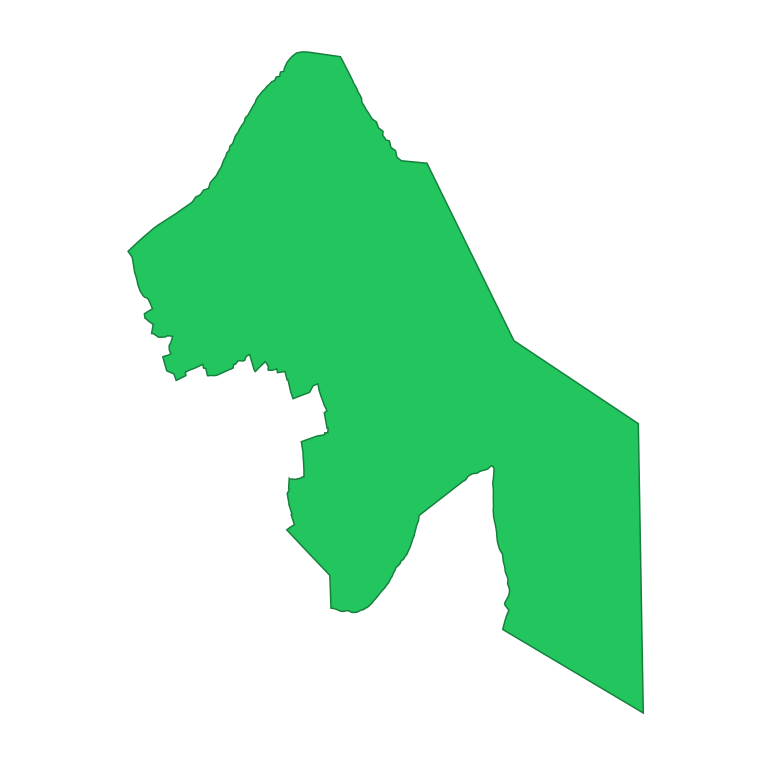 Veere, Zeeland, Netherlands (Natural Earth projection), rotated 89°
{"feature_id": "6326949B71921166023383", "entity_name": "Veere", "entity_type": "district", "adm_level": 2, "iso_a3": "NLD", "parent_name": "Netherlands", "parent_adm1": "Zeeland", "projection": "natural_earth1", "projection_center": [3.598, 51.556], "detail": "fine", "context": "isolated", "style": "filled", "palette": "green", "viewbox_px": 768, "rotation_deg": 89, "n_neighbors": 0, "source": "geoboundaries", "source_scale": "gbopen_adm2", "svg_char_len": 5936}
<svg xmlns="http://www.w3.org/2000/svg" viewBox="0 0 768 768"><g transform="rotate(89 384 384)"><path d="M607.2,440.9L607.6,438.2L607.8,437.5L608.3,435.9L608.8,434.7L609.9,432.6L610.3,431.5L610.6,430.2L610.7,429.4L610.6,428.8L610.2,426.3L610.0,424.9L610.1,423.4L610.3,422.9L611.2,421.6L611.7,420.4L611.9,419.2L611.9,417.6L611.8,415.5L611.0,413.4L609.6,410.8L609.5,410.2L609.5,409.3L609.1,408.3L607.9,406.5L607.1,404.7L606.7,404.2L606.3,403.6L604.4,401.6L603.6,400.5L602.0,399.2L600.3,397.9L599.2,396.7L597.5,395.2L594.2,392.6L590.2,389.2L587.9,386.8L587.6,386.5L586.1,385.7L585.3,385.1L583.1,383.0L581.8,382.3L578.8,380.8L577.7,380.1L576.7,379.4L575.8,378.9L573.7,378.1L572.7,377.6L570.5,376.3L568.8,375.7L568.3,375.5L567.8,375.1L567.1,374.5L564.8,371.9L563.8,371.0L561.9,370.3L561.3,370.0L561.0,369.7L560.8,369.4L560.0,368.0L559.6,367.6L557.5,366.3L556.7,365.8L556.1,365.2L555.2,364.5L553.9,363.7L551.1,362.5L548.2,361.0L546.4,360.3L544.3,359.6L539.1,357.8L536.4,356.6L535.8,356.4L534.7,356.2L531.3,355.3L529.4,354.7L527.3,354.2L526.2,353.9L524.0,353.1L523.3,352.7L522.1,352.2L521.1,351.9L520.2,351.8L516.1,351.2L482.5,306.5L482.4,305.9L481.5,304.6L480.9,303.8L480.2,303.3L478.4,302.1L477.9,301.8L477.5,301.1L475.4,297.6L475.0,295.3L474.9,292.8L474.8,292.3L473.3,290.1L472.7,288.6L472.2,286.9L471.8,284.8L471.2,283.0L470.6,281.5L468.9,279.7L468.3,278.9L468.0,278.5L467.8,278.1L467.7,277.7L468.0,277.0L468.6,276.3L469.1,276.1L470.4,275.7L471.4,275.5L473.2,275.6L476.9,275.9L481.0,276.4L483.9,276.9L484.4,276.9L485.0,277.0L490.1,276.6L491.4,276.6L494.5,276.5L495.8,276.6L498.1,276.7L503.8,276.7L508.4,276.7L511.3,277.0L514.4,276.9L519.0,276.7L520.4,276.3L522.0,276.1L526.3,275.2L531.1,274.4L535.5,273.9L539.9,273.7L543.2,273.4L545.3,273.0L550.1,271.7L551.1,271.4L552.1,270.9L554.1,269.8L555.4,268.9L555.9,268.7L556.8,268.4L562.9,267.9L564.5,267.6L568.9,266.5L573.1,266.1L574.9,265.7L580.7,263.5L581.6,263.4L582.4,263.5L584.0,263.8L585.4,263.9L586.7,263.6L588.5,263.0L591.0,262.3L592.7,262.0L594.7,262.3L595.9,262.6L597.6,263.1L599.1,263.7L603.6,266.4L604.7,266.9L605.7,267.2L606.1,267.2L606.6,267.1L607.8,266.5L608.2,266.3L609.3,265.2L610.5,264.5L611.8,263.5L612.3,263.3L612.8,263.3L613.4,263.5L616.0,264.7L617.3,265.3L618.9,265.9L623.3,267.3L631.5,269.6L717.5,130.5L428.1,130.4L343.0,253.3L164.0,337.2L161.1,362.7L157.5,367.1L150.9,368.4L147.5,373.0L141.0,374.3L140.1,377.7L137.7,379.2L135.4,380.9L131.3,380.6L127.8,385.1L122.0,386.9L118.5,391.5L113.5,394.3L109.5,396.9L104.7,399.5L102.0,401.2L98.0,401.5L94.7,403.0L91.5,404.9L88.6,405.9L85.5,407.4L82.9,409.0L80.2,410.0L74.7,412.6L56.0,421.8L50.9,453.6L50.5,459.1L50.8,461.9L51.5,465.7L53.9,469.0L56.9,472.2L60.4,475.1L66.7,478.2L69.5,478.5L70.3,482.1L74.5,482.9L75.2,486.4L78.6,488.0L79.9,491.1L82.5,493.5L84.4,495.9L87.1,498.0L89.3,500.6L92.0,502.7L94.4,504.8L97.3,506.8L100.7,508.0L103.3,509.8L105.8,511.3L112.8,515.3L115.4,518.0L119.7,519.2L122.9,521.7L126.4,523.9L129.8,525.5L133.0,528.1L136.8,529.6L140.8,531.0L143.4,533.8L147.7,534.8L150.2,537.1L153.9,538.3L156.8,540.1L160.4,541.6L164.1,542.9L168.2,545.6L172.6,547.9L179.6,554.2L185.4,556.0L187.0,561.0L191.6,564.4L193.8,569.0L198.6,572.4L201.6,576.6L204.4,580.9L207.3,585.2L210.2,589.3L212.9,593.8L220.9,606.7L224.3,611.6L228.5,616.6L232.8,621.9L237.2,627.0L246.2,636.9L246.9,637.6L252.8,633.6L256.5,633.0L267.9,631.4L273.2,629.8L277.9,628.7L278.4,628.8L280.6,628.3L286.9,626.1L290.1,624.2L291.7,623.2L292.2,622.7L293.2,621.3L293.4,620.9L293.7,619.9L294.4,618.9L295.2,618.3L295.9,617.8L299.4,616.3L303.3,614.8L304.7,614.1L307.8,619.5L309.4,622.0L309.5,622.3L310.4,622.3L313.8,621.9L314.1,621.5L314.3,621.2L317.1,618.2L320.2,614.0L320.1,613.9L320.4,613.5L320.5,613.8L329.5,615.5L329.7,613.6L331.6,610.9L333.3,608.6L333.2,603.0L333.1,601.7L332.7,601.0L332.0,599.9L332.0,599.7L332.5,594.9L332.7,594.5L333.6,594.8L338.4,596.2L339.1,596.5L340.9,597.7L341.7,598.0L342.4,598.2L345.9,598.1L348.8,597.1L350.0,596.6L350.9,598.2L351.4,599.2L352.3,602.8L353.0,604.7L367.0,601.0L369.8,595.0L370.3,593.9L376.8,591.7L372.1,581.9L368.8,582.5L366.7,578.1L366.6,577.9L366.5,577.5L364.8,572.8L361.3,564.9L362.6,564.5L363.8,564.4L365.0,564.1L365.2,563.8L365.2,562.1L365.3,561.9L372.4,560.4L372.6,560.3L372.7,560.0L372.5,557.4L372.4,555.5L372.7,554.4L372.4,551.1L366.3,536.9L366.3,536.7L366.3,536.3L365.9,535.9L365.7,535.5L365.5,534.7L365.3,534.5L364.9,534.4L363.4,534.2L362.5,534.2L362.2,534.1L362.0,533.8L361.8,533.5L361.7,532.9L361.6,532.3L361.5,532.0L361.1,531.7L360.2,531.1L359.7,530.6L358.3,529.5L358.1,529.3L358.5,524.9L358.2,523.5L358.0,523.0L357.6,522.7L356.0,522.2L355.3,521.7L354.5,521.6L354.2,521.5L353.9,521.1L352.1,517.9L354.3,517.2L367.5,513.6L368.4,513.2L369.3,512.4L365.0,508.2L360.1,502.8L359.6,502.4L361.7,500.8L362.3,500.5L363.0,500.2L363.6,499.8L364.4,499.4L364.4,499.5L365.4,499.4L367.3,499.7L368.1,499.4L368.3,498.9L368.3,496.2L368.2,495.3L367.9,494.0L367.3,491.6L367.2,490.9L370.8,490.3L369.8,482.8L378.3,480.8L378.2,479.9L390.4,477.4L397.1,475.2L393.1,464.4L392.3,461.9L391.1,458.6L384.5,454.9L384.4,454.7L382.7,450.0L389.4,449.0L389.8,448.8L395.4,447.1L398.7,445.9L404.7,443.9L405.8,443.3L407.8,442.4L409.7,441.6L410.0,441.7L410.1,441.8L411.6,444.2L427.2,441.7L427.1,440.6L427.3,440.6L429.4,440.9L431.9,441.0L431.7,443.8L431.8,444.1L432.7,444.2L433.1,444.2L433.6,444.4L433.7,444.6L434.0,446.1L434.5,449.4L434.5,449.9L434.6,450.7L435.3,453.1L438.7,463.3L440.4,467.5L440.2,467.5L440.3,467.7L450.8,466.2L454.3,466.1L457.5,466.0L460.3,465.8L467.0,465.6L468.0,465.5L475.7,465.7L475.5,466.5L475.5,467.1L475.7,467.6L476.6,468.7L476.8,469.9L477.4,471.4L477.1,472.1L477.7,473.3L477.8,473.7L477.7,474.6L477.7,475.7L477.5,476.7L477.4,479.0L477.2,480.2L476.9,480.4L486.9,481.2L487.4,480.4L489.6,481.5L489.9,481.6L491.8,482.7L503.0,480.9L503.0,481.1L512.6,478.3L513.1,479.1L523.2,476.0L524.7,478.8L526.4,481.4L526.5,481.3L528.1,483.8L546.3,467.3L574.4,441.5L607.2,440.9Z" fill="#22c55e" stroke="#15803d" stroke-width="1.5"/></g></svg>